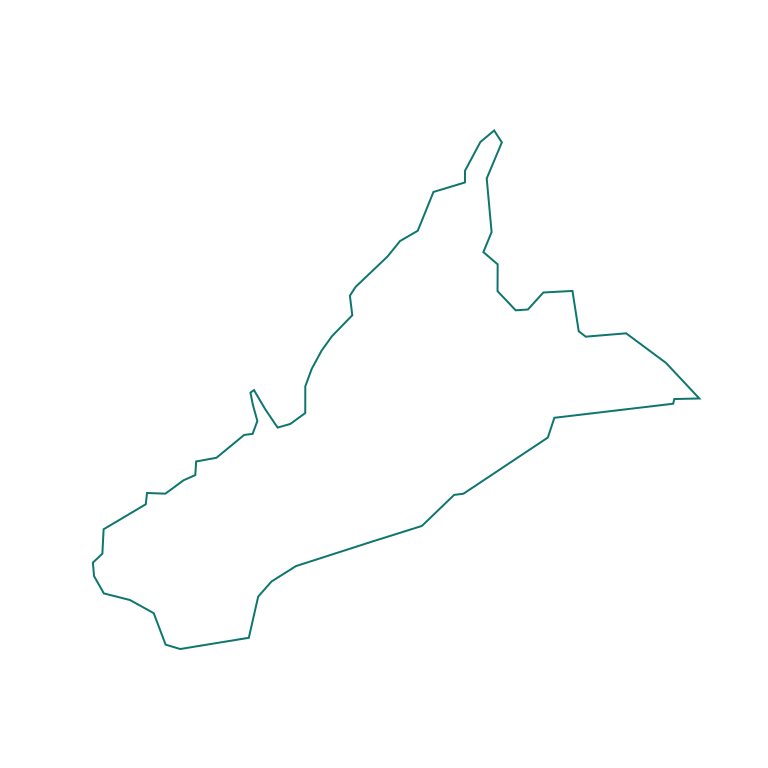 Tillabéri, Tillabéri, Niger, rotated 83°
{"feature_id": "23599985B45975933186230", "entity_name": "Tillabéri", "entity_type": "district", "adm_level": 2, "iso_a3": "NER", "parent_name": "Niger", "parent_adm1": "Tillabéri", "projection": "mercator", "projection_center": [1.394, 14.379], "detail": "fine", "context": "isolated", "style": "outline", "palette": "teal", "viewbox_px": 768, "rotation_deg": 83, "n_neighbors": 0, "source": "geoboundaries", "source_scale": "gbopen_adm2", "svg_char_len": 990}
<svg xmlns="http://www.w3.org/2000/svg" viewBox="0 0 768 768"><g transform="rotate(83 384 384)"><path d="M145.8,243.8L155.5,258.8L182.2,277.6L193.8,279.1L199.4,311.5L236.0,331.8L244.0,350.6L257.9,365.0L284.2,400.4L292.2,407.1L311.9,407.1L330.2,429.8L343.3,441.9L360.2,453.9L376.7,462.4L403.2,465.7L412.2,481.8L414.3,494.9L394.7,504.9L374.2,513.8L376.3,517.6L388.6,516.7L405.3,514.2L417.5,520.5L417.5,529.0L436.8,559.3L438.0,579.9L451.4,582.4L455.1,594.6L466.2,614.4L463.3,632.5L474.3,635.1L494.0,680.0L518.1,684.2L525.8,694.7L539.3,695.2L557.7,687.6L567.5,662.4L583.4,640.5L616.1,632.5L622.2,618.6L619.4,549.1L579.7,534.8L566.3,519.7L554.0,493.6L538.9,414.8L529.5,363.7L502.6,327.9L502.6,318.6L457.1,227.9L438.3,219.0L438.8,99.4L434.3,97.7L436.8,72.8L397.5,101.5L363.2,137.5L361.6,178.0L355.4,184.3L314.6,185.6L312.6,214.7L327.6,232.1L326.9,244.3L305.7,260.0L279.1,256.6L265.2,269.3L246.4,258.7L192.5,257.0L158.6,237.6L145.8,243.8Z" fill="none" stroke="#0f766e" stroke-width="2"/></g></svg>